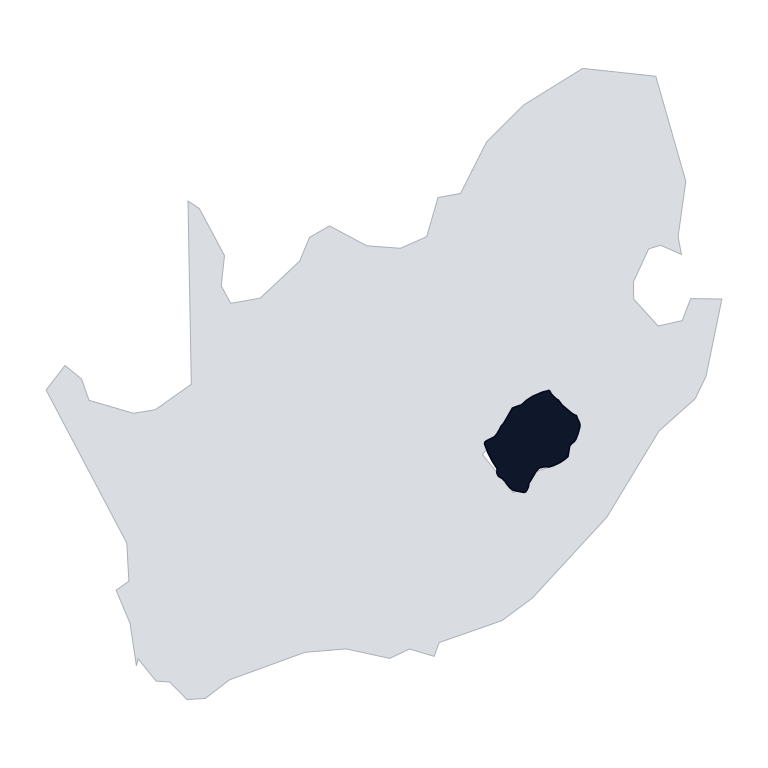 Lesotho highlighted, Natural Earth projection
{"feature_id": "LSO", "entity_name": "Lesotho", "entity_type": "country or territory", "adm_level": 0, "iso_a3": "LSO", "parent_name": "Africa", "parent_adm1": "", "projection": "natural_earth1", "projection_center": [28.2, -29.612], "detail": "fine", "context": "with_neighbors", "style": "filled", "palette": "ink", "viewbox_px": 768, "rotation_deg": 0, "n_neighbors": 1, "source": "natural_earth", "source_scale": "50m", "svg_char_len": 1940}
<svg xmlns="http://www.w3.org/2000/svg" viewBox="0 0 768 768"><path d="M46.1,390.0L65.0,365.5L81.6,379.1L89.0,400.3L133.4,413.3L155.3,409.7L191.3,384.3L188.0,201.1L199.3,208.5L224.5,255.6L221.2,285.9L230.7,303.3L260.1,298.2L299.7,261.1L309.5,237.4L329.5,225.9L366.8,245.8L400.4,248.3L426.7,236.7L438.0,197.5L460.5,193.5L486.6,141.9L523.8,104.9L582.7,68.4L655.8,76.3L685.8,181.3L678.1,236.6L681.4,254.4L660.7,245.3L648.7,248.8L633.4,281.9L633.7,299.1L658.1,326.0L682.2,320.6L690.7,298.6L721.9,299.0L706.0,376.3L695.2,398.7L659.0,431.0L606.8,517.2L532.2,598.2L501.7,620.7L439.2,642.5L434.1,656.3L409.5,649.0L389.7,658.4L346.0,648.9L305.0,652.3L229.7,679.7L205.3,698.4L187.1,699.6L169.7,682.0L156.1,681.1L138.1,658.9L136.4,665.8L130.1,623.4L116.1,590.2L128.9,581.2L126.8,543.1L46.1,390.0ZM577.4,423.8L545.4,393.5L526.3,403.7L482.4,454.5L513.1,492.7L527.6,487.7L535.1,471.9L557.8,464.1L577.4,423.8Z" fill="#d9dde1" stroke="#a8b0b8" stroke-width="1"/><path d="M553.3,465.7L549.6,466.9L549.1,467.0L546.8,466.8L543.6,467.0L541.1,467.7L539.2,468.0L536.1,471.5L530.4,481.0L528.9,483.0L528.5,486.7L527.2,489.7L525.6,492.0L524.0,492.5L519.3,491.6L513.2,490.4L509.7,487.6L506.6,483.8L504.9,481.1L503.2,479.6L502.6,478.7L500.1,477.4L499.2,476.8L498.4,476.3L497.4,474.5L496.8,472.9L497.0,468.5L495.2,465.9L492.3,461.4L490.4,457.7L487.8,452.7L486.2,448.4L484.5,444.0L484.8,442.1L486.3,440.8L490.9,438.5L494.4,436.8L497.0,433.6L499.7,428.9L501.1,426.0L502.4,424.7L503.9,422.7L506.5,418.3L509.3,413.4L512.4,408.0L516.3,406.5L521.6,404.7L526.7,400.1L532.7,396.2L542.5,392.0L547.1,390.9L548.8,390.3L549.9,391.1L551.1,393.5L552.8,395.5L556.6,399.1L558.3,399.9L562.2,405.1L566.5,408.7L571.4,412.9L574.7,414.9L576.4,415.5L577.8,419.1L579.2,421.9L580.0,424.4L579.9,426.9L578.3,433.0L576.0,439.2L574.2,441.7L572.0,443.4L569.8,445.8L569.0,450.8L568.0,456.6L565.2,459.0L563.0,460.6L560.0,462.6L553.3,465.7Z" fill="#0f172a" stroke="#020617" stroke-width="1.5"/></svg>